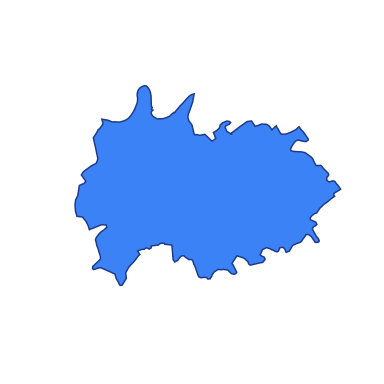 Quwisna, Al Minufiyah, Egypt (Equal Earth projection), rotated 234°
{"feature_id": "37247803B73326223517768", "entity_name": "Quwisna", "entity_type": "district", "adm_level": 2, "iso_a3": "EGY", "parent_name": "Egypt", "parent_adm1": "Al Minufiyah", "projection": "equal_earth", "projection_center": [31.193, 30.56], "detail": "fine", "context": "isolated", "style": "filled", "palette": "blue", "viewbox_px": 384, "rotation_deg": 234, "n_neighbors": 0, "source": "geoboundaries", "source_scale": "gbopen_adm2", "svg_char_len": 6070}
<svg xmlns="http://www.w3.org/2000/svg" viewBox="0 0 384 384"><g transform="rotate(234 192 192)"><path d="M181.9,317.0L181.4,312.6L182.4,306.5L183.6,302.1L185.7,298.9L186.1,298.7L186.5,298.2L189.2,298.2L192.5,298.7L193.9,298.6L196.0,299.2L195.9,297.4L195.4,293.2L199.4,293.3L202.3,292.5L203.1,291.9L206.1,288.2L207.2,283.8L208.2,281.6L209.2,281.7L214.5,281.9L216.6,278.0L216.7,270.4L216.7,269.1L216.5,260.5L216.6,258.8L215.8,258.2L215.4,258.0L215.8,257.6L218.8,256.6L220.4,255.8L224.6,256.8L225.5,257.7L225.5,259.7L224.9,261.7L225.4,264.0L226.8,263.9L229.0,261.9L229.1,261.1L230.0,257.5L229.8,254.5L227.6,251.7L227.3,248.8L227.2,248.2L227.6,244.3L221.6,242.8L221.2,240.3L221.5,238.0L230.4,236.4L231.1,236.3L233.3,231.5L235.3,230.0L237.1,227.6L244.6,230.7L246.4,231.4L250.9,231.3L252.5,231.6L255.5,233.0L256.0,233.6L257.6,235.5L259.5,238.4L264.3,245.3L269.7,251.0L270.1,251.5L270.3,250.8L270.6,250.1L270.8,249.7L270.9,249.2L271.1,248.6L271.1,248.0L271.2,247.8L271.2,247.2L271.2,246.6L271.1,246.1L271.1,245.5L270.9,244.9L270.7,243.2L270.4,241.8L270.0,239.9L269.7,238.7L269.6,238.2L269.3,237.3L269.2,236.3L268.9,234.6L268.7,233.4L268.6,232.8L268.4,232.2L268.1,231.0L267.8,229.8L267.6,229.2L267.5,228.7L267.5,228.1L267.4,227.6L267.2,227.0L267.0,226.2L266.6,225.3L266.5,224.8L266.4,224.4L266.6,224.3L266.7,224.2L266.9,224.2L267.0,224.2L267.0,223.3L267.0,222.8L266.9,221.9L266.9,221.4L266.8,221.0L266.7,220.0L266.5,218.9L266.6,218.1L266.8,217.1L267.0,216.0L267.2,215.0L267.7,213.5L268.0,212.6L268.3,211.8L268.8,211.0L269.7,209.7L270.6,208.3L271.4,206.9L275.7,205.0L275.8,205.0L276.6,204.9L277.2,204.9L277.7,204.9L278.5,205.0L279.1,205.1L279.6,205.3L280.0,205.5L280.3,205.9L280.6,206.1L280.8,206.6L281.0,207.0L281.1,207.4L281.2,207.6L281.2,208.0L281.2,208.5L281.6,208.2L282.0,208.1L282.6,207.9L282.9,207.8L283.1,208.3L283.2,208.7L283.4,209.1L283.7,209.6L284.1,209.6L284.3,209.5L284.6,209.4L284.9,209.3L287.3,210.9L290.3,212.9L291.1,213.5L291.9,214.1L292.7,214.6L293.9,215.4L295.2,216.0L296.0,216.4L296.9,216.8L297.8,217.1L298.7,217.3L299.0,217.4L299.7,217.6L300.4,217.7L301.1,217.7L301.8,217.7L302.5,217.7L303.2,217.6L303.9,217.5L304.6,217.3L305.2,217.1L305.6,216.6L305.8,216.1L306.1,215.6L306.4,214.8L306.5,214.2L306.6,213.7L306.7,213.1L306.8,212.5L306.8,212.2L306.8,211.9L306.8,211.3L306.7,210.7L306.6,210.2L306.5,209.9L306.4,209.3L306.3,209.0L306.2,208.8L305.8,208.0L305.2,207.2L304.8,206.6L304.4,206.1L303.9,205.7L303.4,205.2L302.9,204.8L302.4,204.4L301.8,204.1L300.4,203.4L299.4,202.8L298.5,202.1L298.0,201.7L297.4,201.1L296.9,200.6L296.4,200.0L295.7,199.1L295.3,198.4L295.0,197.9L294.3,196.9L293.6,195.8L292.6,194.1L291.7,192.3L290.8,190.4L290.6,189.8L290.3,189.0L289.8,187.6L289.6,186.7L289.4,185.8L289.2,184.9L289.1,183.9L289.0,183.4L289.0,182.5L288.9,182.0L289.1,181.1L289.2,180.6L289.4,179.6L289.7,178.5L290.0,177.5L290.4,176.5L290.7,175.5L291.2,174.4L292.4,172.9L293.4,171.7L294.7,169.9L295.7,168.4L296.7,167.9L297.5,167.5L298.4,166.9L299.4,166.2L300.0,165.7L300.6,165.1L301.2,164.5L301.7,163.9L302.2,163.5L303.0,162.8L303.9,161.9L303.2,161.6L299.3,160.0L297.6,154.9L297.4,152.2L296.3,150.5L293.8,144.0L283.8,139.7L274.5,135.5L273.1,134.0L271.5,131.1L272.3,126.0L272.3,121.0L272.3,117.6L272.1,115.6L271.1,113.1L270.8,112.5L263.3,112.5L262.4,110.0L263.5,104.7L256.3,97.5L254.1,93.3L251.0,90.3L250.0,89.6L244.7,86.3L242.2,85.5L239.9,84.6L236.2,88.7L230.4,89.0L225.8,88.2L222.2,86.9L221.8,86.8L221.7,87.7L220.7,91.4L220.0,94.4L219.4,96.8L218.7,99.5L216.9,101.8L215.7,103.1L215.1,103.0L213.4,102.2L213.5,101.8L213.1,98.9L213.2,94.9L212.7,91.8L211.4,87.7L210.0,85.7L207.6,84.9L204.4,83.4L201.2,82.7L198.6,81.6L196.0,80.8L193.9,80.1L191.6,78.6L191.1,75.9L190.1,67.8L188.4,66.6L187.2,66.7L186.3,68.7L185.9,70.7L184.4,73.7L171.2,81.3L170.6,81.3L167.7,80.2L166.2,79.8L161.5,79.3L160.1,78.9L158.6,78.9L157.7,80.9L159.9,86.0L160.7,88.1L165.6,90.9L168.1,96.1L168.9,99.1L169.7,103.9L171.0,108.3L171.9,111.1L172.1,113.1L176.2,113.2L175.2,117.3L173.7,119.9L173.9,121.9L172.4,123.2L171.5,123.5L170.9,123.9L170.8,126.2L172.3,127.3L168.9,133.6L169.1,136.0L166.9,139.6L165.8,139.2L160.9,144.5L154.8,140.9L148.5,137.0L145.5,136.9L145.1,140.2L146.2,144.0L146.4,146.0L145.2,148.0L142.9,148.3L141.7,148.9L139.0,149.8L138.1,151.5L137.4,152.1L135.4,152.1L132.5,151.0L130.7,150.9L127.2,149.8L120.8,147.9L118.7,147.8L117.8,148.5L116.9,149.4L116.3,151.1L115.4,152.1L114.4,153.4L114.1,153.7L112.6,153.5L112.1,154.0L111.1,155.7L111.4,156.0L112.0,158.1L112.8,159.1L114.2,162.2L114.1,167.3L111.6,170.5L111.0,171.9L107.7,175.1L104.8,175.5L102.6,176.0L100.8,177.6L100.2,179.3L100.7,181.0L105.1,181.8L108.6,182.3L110.7,182.3L114.0,190.9L108.0,195.1L107.1,195.4L105.6,195.7L102.4,196.3L100.6,195.5L98.6,196.1L94.4,206.1L93.6,207.4L93.5,208.1L94.1,209.5L94.0,210.5L94.9,211.9L97.2,212.0L98.7,211.0L101.1,210.1L103.9,215.2L103.2,219.6L99.6,222.2L98.7,222.5L97.2,223.5L95.1,224.4L93.6,225.7L93.3,227.0L94.7,229.5L95.3,230.1L94.6,231.8L93.7,233.1L92.8,233.4L90.2,233.4L88.4,232.6L87.8,232.9L86.9,236.0L89.1,240.8L89.6,241.8L89.3,243.8L88.4,247.9L88.0,248.6L87.8,249.2L87.6,251.5L88.4,253.2L89.8,257.7L90.6,259.1L90.0,260.1L88.8,261.4L85.8,262.3L78.8,262.1L78.5,262.4L77.2,264.7L77.2,265.7L78.1,266.4L80.4,266.8L83.4,266.6L90.7,267.5L91.6,267.9L92.4,269.9L92.1,271.9L92.3,274.0L94.9,274.4L96.1,273.8L97.6,272.8L100.0,271.5L101.5,272.2L102.3,274.6L102.5,278.0L101.8,280.4L102.4,282.4L103.7,285.8L104.0,288.2L104.5,291.6L104.4,294.3L104.6,298.0L104.8,301.1L104.7,304.9L105.7,304.7L107.5,305.8L106.9,313.9L111.9,314.0L113.7,313.7L116.4,313.8L117.2,313.5L117.9,312.9L118.5,311.9L119.4,309.2L120.3,308.6L122.1,307.9L124.7,309.7L124.7,310.7L125.5,312.8L127.6,313.2L130.7,312.6L132.9,312.3L134.6,312.1L136.7,312.1L137.9,311.8L138.5,310.8L139.4,309.5L140.0,308.5L140.9,307.9L145.6,308.7L147.4,309.1L149.4,309.2L157.2,306.7L160.2,304.1L161.4,302.5L165.6,297.6L167.2,296.3L168.9,297.0L170.3,299.7L171.4,302.5L172.2,305.2L172.1,307.6L170.9,309.2L169.4,310.2L166.4,313.1L165.8,313.8L165.7,316.5L166.6,317.2L175.1,317.4L178.9,316.9L181.3,317.0L181.9,317.0Z" fill="#3b82f6" stroke="#1e3a8a" stroke-width="1.5"/></g></svg>